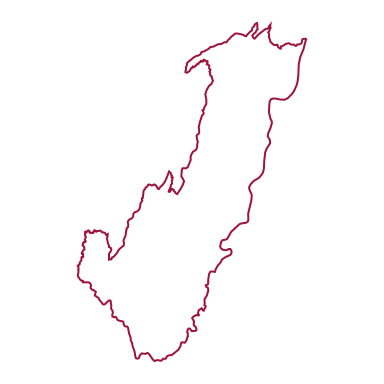 Coello, Tolima, Colombia
{"feature_id": "7082276B29903133765391", "entity_name": "Coello", "entity_type": "district", "adm_level": 2, "iso_a3": "COL", "parent_name": "Colombia", "parent_adm1": "Tolima", "projection": "natural_earth1", "projection_center": [-74.938, 4.361], "detail": "fine", "context": "isolated", "style": "outline", "palette": "rose", "viewbox_px": 384, "rotation_deg": 0, "n_neighbors": 0, "source": "geoboundaries", "source_scale": "gbopen_adm2", "svg_char_len": 5913}
<svg xmlns="http://www.w3.org/2000/svg" viewBox="0 0 384 384"><path d="M280.2,99.5L284.5,99.7L287.6,98.3L292.2,93.7L294.2,90.7L296.9,84.5L297.6,81.2L298.3,75.5L298.8,63.9L300.3,56.9L303.5,49.2L305.6,40.9L306.2,39.3L305.3,38.7L303.1,38.9L302.3,39.5L301.7,42.7L301.1,43.5L299.3,44.5L297.9,44.3L297.0,44.7L296.1,45.9L295.5,45.9L293.8,44.5L292.4,44.8L290.5,44.2L288.8,43.2L285.8,43.9L282.1,46.3L281.1,46.3L280.8,48.6L279.8,48.5L277.8,46.7L277.6,45.1L277.2,44.7L275.9,45.1L273.6,44.8L270.4,41.8L270.0,39.7L268.9,37.1L269.2,35.7L268.8,33.1L268.2,32.3L269.5,30.8L269.6,29.5L270.6,27.9L270.2,26.6L270.4,24.6L269.1,26.3L268.1,28.6L265.7,28.9L258.1,34.7L254.9,38.5L254.5,38.7L253.5,38.1L252.3,35.5L254.1,33.4L255.5,32.5L256.8,29.9L257.7,29.1L257.2,27.0L257.4,24.6L257.0,23.0L256.6,23.1L254.6,24.6L254.4,25.8L252.2,28.3L251.8,30.6L250.5,31.4L248.1,33.7L246.1,36.2L245.1,36.1L243.3,34.9L240.9,34.2L237.4,33.5L235.1,33.6L230.7,37.3L229.7,38.7L228.1,40.0L226.5,42.3L224.4,42.2L221.0,44.1L218.1,44.2L213.4,46.6L210.0,47.2L209.0,48.6L208.2,49.1L204.2,51.3L201.4,52.2L200.7,54.0L200.0,54.6L198.4,55.5L196.2,56.0L194.0,57.2L187.5,62.6L186.9,63.7L186.8,65.4L185.9,67.3L186.0,69.4L185.3,72.0L186.8,72.8L189.3,71.3L190.1,70.3L191.0,68.4L191.9,67.6L192.7,67.7L192.9,66.6L193.7,66.9L195.1,66.6L195.4,65.6L196.6,65.1L197.1,64.0L198.5,63.8L199.0,62.5L200.5,62.0L200.8,61.0L201.9,61.1L202.3,61.6L203.4,61.4L203.3,60.1L203.9,59.7L205.5,60.5L206.5,61.6L207.4,61.2L207.6,62.9L206.9,63.7L206.8,64.3L208.7,65.1L209.3,65.9L209.1,68.4L210.5,69.9L209.5,71.5L210.2,72.5L209.8,73.1L210.0,74.1L210.6,75.8L211.8,76.4L211.9,78.2L213.0,80.6L211.1,84.4L209.1,85.8L206.8,89.6L205.3,94.3L206.3,99.6L206.3,104.0L204.3,107.4L203.9,109.5L202.5,110.2L203.6,112.7L203.6,113.9L202.0,115.5L199.8,122.4L198.7,127.6L199.1,129.3L199.2,132.3L198.4,134.2L197.2,134.7L196.6,135.8L197.0,139.5L197.9,141.6L197.2,144.2L197.2,147.0L196.3,149.3L195.3,150.3L192.9,151.8L191.0,155.3L190.6,156.8L190.7,159.9L187.8,167.1L186.3,168.2L182.5,168.3L181.9,169.6L181.3,176.4L183.0,178.9L184.1,181.6L183.4,182.6L183.2,184.1L180.5,189.1L177.1,194.1L175.4,193.0L175.0,191.9L174.1,191.3L173.8,189.9L171.5,188.6L171.4,189.9L170.2,190.3L170.1,191.5L169.4,191.9L168.7,191.6L169.1,190.2L170.5,187.3L170.9,184.9L172.0,183.6L171.8,180.5L172.5,179.4L172.1,178.0L172.6,177.5L171.5,177.0L171.9,175.5L171.0,174.5L170.8,173.1L169.0,171.5L167.2,176.5L164.9,181.7L162.8,184.7L160.0,187.3L158.9,189.0L157.9,188.8L156.2,185.7L154.3,184.4L151.9,185.5L149.8,184.6L148.2,184.7L147.1,186.7L145.7,187.5L145.1,189.0L144.6,189.2L143.6,191.0L142.8,197.9L141.9,198.3L141.8,198.7L142.3,200.6L140.3,203.8L140.3,205.8L139.4,209.3L137.2,211.4L134.6,212.3L133.5,213.8L133.0,216.7L132.3,217.8L131.8,218.4L129.6,219.3L127.9,221.3L127.9,223.0L128.3,224.2L128.0,227.1L127.0,227.9L126.5,228.7L126.6,229.8L126.1,231.0L125.6,235.5L123.8,239.6L123.5,241.2L124.0,242.8L123.8,245.3L119.6,248.9L118.1,250.7L117.2,252.7L115.8,254.4L113.6,256.8L111.8,257.7L111.5,259.2L109.0,259.6L109.0,254.0L111.1,250.6L111.3,249.6L110.9,248.1L109.1,247.1L109.0,245.8L107.6,242.1L107.5,240.4L106.8,238.4L107.5,236.6L107.7,234.1L106.2,235.0L104.8,232.8L102.9,232.3L102.2,232.5L101.6,231.6L100.1,230.5L98.7,231.0L97.1,231.0L96.3,231.7L95.3,230.6L94.5,230.2L94.2,230.5L94.2,231.5L93.2,231.9L93.3,232.7L92.9,233.1L89.8,232.8L89.5,232.5L89.7,231.4L89.0,230.7L88.2,230.4L86.5,232.3L85.8,231.5L85.2,231.8L85.0,235.3L85.9,237.0L84.8,239.8L85.7,241.3L85.0,242.2L83.8,242.1L83.5,243.0L82.9,243.4L83.1,243.9L82.6,245.4L84.1,246.8L84.5,249.5L83.1,250.4L81.7,253.2L81.9,253.8L83.0,253.9L83.2,256.8L82.9,257.2L81.9,257.0L81.5,257.3L81.3,260.5L79.8,262.4L79.7,264.2L78.7,264.8L78.5,266.1L77.9,266.0L78.5,268.0L78.2,269.4L78.5,269.5L78.4,272.4L77.8,274.7L77.9,276.3L80.6,280.2L82.2,281.0L82.3,280.7L83.0,281.0L82.9,282.3L88.8,282.3L90.3,283.5L91.1,285.6L90.6,286.6L90.6,288.2L92.4,289.9L94.0,290.4L95.8,291.8L94.8,295.5L98.6,298.0L99.2,299.5L102.9,304.2L103.5,304.5L104.7,304.4L108.2,301.0L109.3,300.4L110.1,300.5L110.8,301.2L110.7,302.6L111.3,305.2L111.1,308.4L112.8,311.6L112.9,312.6L112.4,314.0L112.3,316.4L114.1,317.3L115.6,316.8L116.2,317.4L117.4,319.9L119.5,320.8L122.8,321.4L123.3,322.2L124.1,325.3L125.2,326.4L127.2,326.6L128.0,327.6L129.1,333.5L130.5,337.3L130.8,340.4L132.2,343.4L132.5,345.8L134.6,351.7L135.3,356.4L136.0,358.2L137.2,358.7L138.8,358.2L139.8,355.5L141.7,353.4L145.2,353.9L147.5,352.9L149.4,354.5L152.7,359.4L154.4,360.9L155.1,361.0L155.9,360.4L158.1,360.1L160.4,360.8L162.0,360.2L162.8,358.8L165.6,358.8L167.3,356.0L169.2,355.3L171.9,355.0L178.6,349.5L180.4,346.3L181.3,342.6L182.7,342.3L184.5,342.8L185.3,342.3L186.9,339.4L187.3,337.1L187.9,336.5L187.7,332.9L187.2,332.4L187.2,331.6L187.8,329.4L188.7,328.5L189.8,328.6L191.8,331.1L195.3,330.9L196.4,330.1L196.4,328.8L195.6,326.9L193.7,325.1L193.9,323.4L193.7,322.7L194.1,321.5L192.3,318.4L192.3,317.7L193.8,316.3L196.5,315.0L198.6,315.5L198.9,314.7L198.2,314.0L198.0,312.9L198.8,310.1L201.7,308.3L202.8,310.4L203.7,310.7L204.6,308.6L205.4,307.6L205.7,306.3L204.4,305.2L204.7,304.1L204.5,299.2L206.8,295.6L208.3,290.5L208.0,288.0L206.2,286.7L205.8,285.1L207.6,284.7L208.2,283.6L208.2,279.8L209.1,273.9L210.3,271.8L212.1,271.4L214.9,271.9L216.0,268.6L218.1,265.2L220.7,262.3L222.0,259.4L225.9,256.9L230.2,255.0L230.9,254.3L231.3,253.5L231.6,251.2L230.4,249.0L228.7,249.0L227.0,250.0L224.9,250.2L222.8,249.7L220.9,248.3L220.1,246.4L221.2,241.9L222.4,240.2L225.4,239.7L227.2,238.8L231.3,231.7L239.3,224.3L240.7,223.6L246.2,222.7L248.0,221.4L248.3,219.8L248.2,213.4L251.3,200.6L251.7,196.3L251.7,194.8L249.6,189.9L249.1,188.2L249.4,186.5L251.0,183.8L253.8,180.9L258.4,178.2L259.8,177.0L262.3,173.7L263.0,172.3L263.9,168.7L264.3,160.4L265.2,152.4L266.7,148.5L270.0,143.5L270.1,141.8L269.8,139.9L267.7,136.3L268.3,132.9L270.3,128.5L271.9,123.2L271.6,120.6L270.6,119.2L268.9,112.2L269.6,101.7L270.9,99.3L273.0,98.6L275.3,98.5L280.2,99.5Z" fill="none" stroke="#9f1239" stroke-width="2"/></svg>